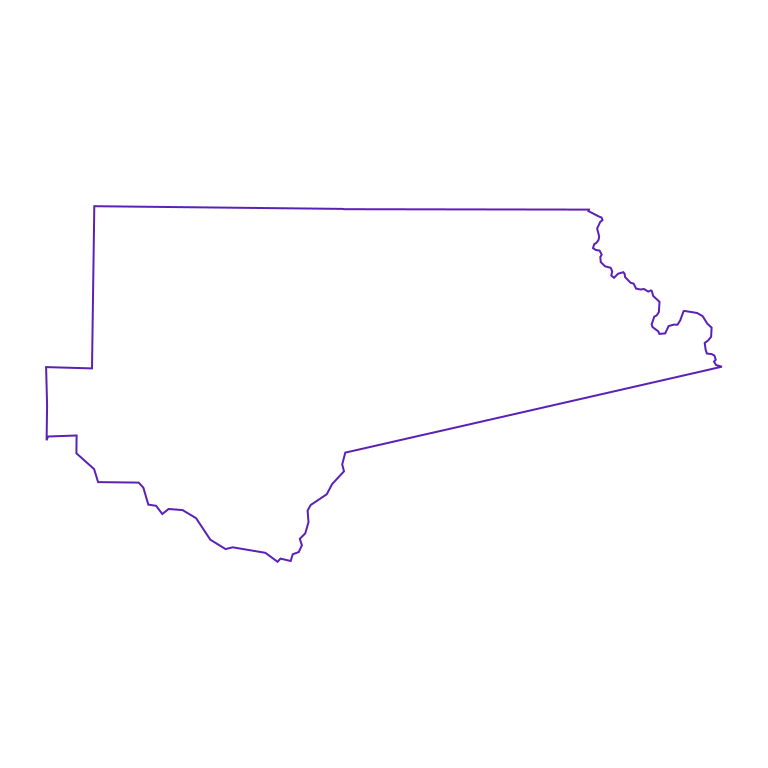 the district of Clearwater, Idaho, United States of America
{"feature_id": "52423323B35021459079911", "entity_name": "Clearwater", "entity_type": "district", "adm_level": 2, "iso_a3": "USA", "parent_name": "United States of America", "parent_adm1": "Idaho", "projection": "orthographic", "projection_center": [-115.257, 46.6], "detail": "fine", "context": "isolated", "style": "outline", "palette": "violet", "viewbox_px": 768, "rotation_deg": 0, "n_neighbors": 0, "source": "geoboundaries", "source_scale": "gbopen_adm2", "svg_char_len": 1412}
<svg xmlns="http://www.w3.org/2000/svg" viewBox="0 0 768 768"><path d="M46.1,367.1L47.1,405.5L46.6,440.3L48.0,436.5L76.6,435.5L76.4,453.3L94.1,469.1L98.1,482.1L138.7,482.6L143.4,487.8L148.3,504.6L156.1,505.8L162.3,514.0L168.6,509.0L182.6,510.1L196.1,518.2L210.3,539.7L225.6,549.1L232.6,547.3L265.3,552.8L277.6,561.8L280.5,558.6L290.7,561.0L292.7,554.3L298.8,552.0L301.9,545.3L299.8,538.8L305.3,533.3L308.5,522.1L307.6,510.6L310.7,505.0L326.8,494.2L332.2,484.0L344.0,471.3L342.2,464.4L345.3,452.6L484.5,420.9L721.9,366.7L716.0,365.0L714.0,361.6L715.7,359.7L714.5,355.7L711.8,354.1L706.8,353.5L705.6,349.5L704.7,342.9L708.0,340.6L711.1,336.8L711.6,327.6L707.3,323.7L702.6,316.1L697.1,313.0L692.3,312.2L684.8,311.0L683.6,311.1L680.2,320.4L677.5,324.7L673.8,324.6L668.6,326.1L665.2,333.4L659.4,333.9L658.2,331.3L652.6,327.1L651.6,324.5L654.3,316.6L656.6,315.5L658.9,312.0L659.5,301.8L653.2,296.0L651.8,291.0L650.9,290.4L648.2,291.6L644.0,289.0L640.5,289.5L636.1,288.6L633.6,283.6L630.6,282.8L625.1,277.1L624.6,273.7L623.3,272.2L618.1,273.7L614.0,277.8L611.3,275.6L612.2,271.3L610.7,267.8L605.0,266.3L600.8,262.1L600.3,257.1L601.7,254.7L599.6,250.6L595.6,249.9L593.0,248.1L594.3,244.0L596.3,243.0L598.5,240.0L599.2,236.5L597.1,228.5L600.3,221.8L602.5,220.2L601.5,217.5L598.9,216.5L588.4,211.1L588.9,209.6L344.5,209.2L342.3,208.9L94.3,206.2L92.0,368.4L46.1,367.1Z" fill="none" stroke="#5b21b6" stroke-width="2"/></svg>